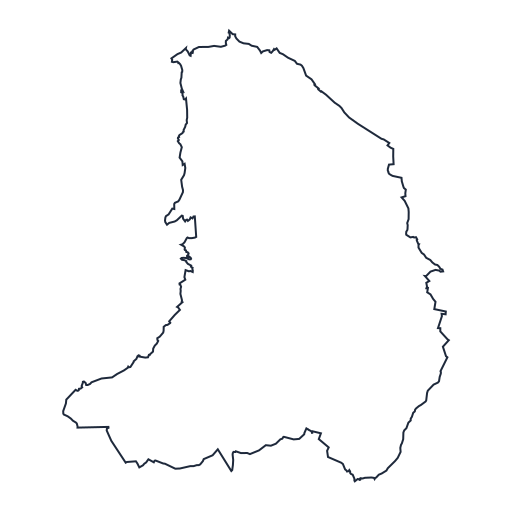 outline of Mugeni, Harghita, Romania
{"feature_id": "2599482B85460636832431", "entity_name": "Mugeni", "entity_type": "district", "adm_level": 2, "iso_a3": "ROU", "parent_name": "Romania", "parent_adm1": "Harghita", "projection": "orthographic", "projection_center": [25.181, 46.268], "detail": "fine", "context": "isolated", "style": "outline", "palette": "slate", "viewbox_px": 512, "rotation_deg": 0, "n_neighbors": 0, "source": "geoboundaries", "source_scale": "gbopen_adm2", "svg_char_len": 6006}
<svg xmlns="http://www.w3.org/2000/svg" viewBox="0 0 512 512"><path d="M374.6,479.0L375.0,478.2L376.3,477.4L378.8,474.7L381.7,473.5L386.4,470.6L387.8,468.2L395.0,461.1L397.7,457.9L400.6,451.9L400.3,447.9L401.0,444.9L401.9,443.3L403.2,439.2L403.4,432.5L404.2,430.4L406.4,428.2L408.4,422.6L410.7,420.5L410.7,418.7L411.9,416.8L413.2,412.8L414.8,411.4L415.1,409.7L416.0,408.5L418.9,406.1L420.9,405.0L425.6,401.5L426.2,400.5L427.1,392.9L427.8,390.7L433.6,384.6L437.9,382.6L439.0,381.3L439.7,376.9L440.8,373.6L440.9,372.0L440.5,371.2L447.4,357.3L446.0,356.2L442.9,346.7L448.8,340.2L447.5,339.3L440.3,331.4L440.3,328.2L438.0,328.1L441.9,316.2L441.6,313.8L445.6,314.3L445.8,311.5L434.3,309.1L435.5,301.8L433.1,298.9L430.5,294.4L427.2,292.3L428.1,287.0L427.1,288.4L426.4,288.3L427.0,286.5L426.3,282.8L429.3,281.0L424.9,276.0L426.1,276.1L430.5,271.6L435.5,269.9L439.3,270.6L440.5,271.7L443.1,271.4L442.5,269.6L440.4,268.8L439.2,266.8L437.4,265.0L435.0,264.5L432.3,262.4L430.3,260.0L426.2,257.8L424.0,254.5L421.7,252.9L418.5,247.6L418.5,245.0L419.0,244.2L418.3,244.0L416.8,240.5L416.7,239.9L417.2,239.4L416.0,237.2L414.1,237.5L413.2,236.9L410.4,237.4L406.3,234.8L406.1,234.0L406.3,231.6L407.3,230.1L407.5,229.1L407.7,225.1L407.2,223.1L408.6,219.2L408.7,212.0L408.4,208.4L404.7,200.9L401.6,197.4L405.5,196.2L405.3,193.3L405.8,189.6L403.9,188.0L403.4,186.7L401.8,181.3L401.5,177.8L392.6,175.9L391.1,175.1L389.2,173.9L388.4,172.6L388.5,172.1L387.8,170.6L387.8,168.9L389.0,164.6L393.6,164.2L393.2,156.5L393.3,148.9L390.6,147.7L387.5,145.4L389.3,143.0L383.7,139.4L381.5,138.8L357.9,123.8L349.1,117.5L344.3,112.4L341.5,108.0L339.4,105.9L334.7,102.7L326.0,94.7L321.4,91.3L321.0,91.7L318.2,89.3L318.0,88.5L318.4,88.3L314.9,85.5L314.4,84.9L315.0,84.3L311.5,79.3L306.1,75.6L303.4,68.1L301.9,65.7L300.5,64.6L297.0,63.8L294.8,60.9L288.0,57.7L282.9,54.2L279.7,52.9L276.6,48.4L274.6,49.8L274.0,49.1L272.7,51.2L271.2,52.8L269.6,52.0L269.3,50.3L267.1,50.1L262.9,51.4L261.2,53.0L260.0,50.6L257.2,46.9L251.6,45.7L248.8,43.9L243.5,43.3L239.4,41.6L236.4,38.5L235.2,36.3L235.2,34.4L232.7,34.2L229.1,30.7L228.7,32.6L229.4,32.9L229.8,35.3L229.6,37.6L229.1,38.1L228.0,37.6L227.6,39.4L225.9,40.9L225.8,42.9L226.3,44.9L225.0,45.7L220.9,46.8L214.1,45.9L208.5,46.9L198.9,47.0L193.6,49.5L192.3,51.3L192.9,51.8L192.6,53.0L190.9,52.7L190.6,55.8L189.7,55.4L187.7,51.4L185.7,49.2L185.9,48.1L181.2,52.5L177.5,54.1L171.4,58.4L172.2,59.7L171.9,61.8L173.3,62.2L177.3,61.6L178.4,62.5L178.4,63.1L179.1,63.1L180.2,64.3L181.1,65.9L182.3,70.1L182.2,71.9L181.7,72.3L181.4,77.7L180.8,79.5L180.4,83.0L181.8,88.6L183.0,91.4L181.2,90.7L181.2,92.3L182.6,93.0L182.5,95.4L183.2,96.5L183.8,99.2L185.1,99.5L186.0,98.5L187.1,109.9L187.2,117.7L186.7,120.1L187.0,123.0L185.7,124.6L185.2,126.8L183.6,130.0L183.7,131.6L182.9,132.1L182.5,133.1L179.5,135.0L178.8,136.2L179.1,137.0L178.0,137.7L177.9,138.4L178.8,140.0L177.8,141.1L179.1,143.2L180.4,144.3L181.8,147.2L180.4,152.6L179.6,157.6L182.4,161.4L182.7,165.0L184.6,163.8L185.3,168.0L184.6,173.0L184.0,175.2L181.2,179.8L182.1,186.7L183.0,190.1L182.9,192.2L179.4,199.7L178.2,201.4L174.9,202.8L174.2,204.0L174.3,209.0L172.3,208.6L168.6,214.4L166.0,216.1L165.4,217.4L165.0,220.5L165.3,222.1L167.0,224.7L169.2,222.9L174.7,221.5L176.8,220.3L181.8,215.6L182.7,215.9L183.1,218.7L185.1,221.4L186.0,220.0L187.0,219.6L187.9,220.9L189.8,219.4L190.6,217.4L192.5,218.4L193.5,216.5L194.8,216.4L196.2,236.9L194.9,237.6L192.0,238.1L188.9,238.1L187.5,237.5L186.8,238.1L184.5,242.3L182.5,244.3L181.1,244.7L184.2,246.5L184.9,247.6L184.6,249.5L184.9,250.0L186.0,250.4L186.3,252.0L187.6,252.2L188.6,253.3L188.2,254.1L188.4,255.0L187.1,255.7L187.1,256.5L188.2,257.1L189.6,256.9L190.7,257.8L191.1,258.8L190.7,259.3L189.3,259.4L186.2,258.0L183.5,257.8L181.6,258.0L180.9,258.6L182.0,259.8L184.5,260.2L186.3,261.1L186.2,261.8L187.8,263.8L191.2,265.6L190.9,266.7L192.6,267.8L192.3,268.7L192.8,270.6L192.7,272.0L190.4,271.0L188.9,271.3L185.6,270.1L184.4,277.1L185.3,279.7L179.5,283.4L179.6,284.5L180.3,284.7L181.1,286.8L180.5,288.9L180.7,290.8L180.4,293.9L182.0,300.3L181.7,301.8L182.4,302.2L177.1,306.9L178.1,307.4L179.9,309.9L174.8,314.9L169.2,321.3L170.3,322.8L170.1,323.1L167.5,324.9L165.8,325.1L163.7,326.8L163.6,330.8L163.2,332.6L159.7,336.7L157.3,338.2L157.4,339.9L158.2,340.9L156.8,343.6L154.8,345.6L153.2,348.6L153.0,351.6L150.0,354.3L149.8,354.9L148.9,354.9L148.0,357.3L145.3,357.6L139.0,356.5L139.4,355.6L138.6,355.3L137.5,356.2L136.4,358.9L133.7,361.3L133.6,362.1L130.4,367.0L128.7,367.3L128.2,366.7L127.7,367.8L124.0,370.4L117.1,374.0L112.1,377.4L101.5,378.5L91.5,382.3L90.1,383.9L87.7,385.0L86.2,385.0L85.6,382.9L83.9,381.5L82.9,381.8L82.8,382.9L81.6,386.1L82.2,387.3L80.6,388.6L79.0,388.8L78.8,390.1L78.3,390.6L77.3,390.8L75.6,389.8L66.3,399.6L65.9,403.5L63.2,411.1L63.3,413.6L63.8,414.5L67.7,416.3L70.9,418.6L72.9,420.7L76.0,422.6L76.8,423.5L77.6,426.6L77.5,427.6L108.4,426.9L108.5,427.8L106.9,428.6L106.7,430.5L111.3,440.8L125.7,462.7L126.8,462.0L135.9,461.3L137.4,463.5L139.3,467.4L143.0,465.3L144.3,463.7L146.1,462.5L148.4,459.3L153.8,462.3L154.6,460.7L155.5,460.5L163.2,463.5L164.9,463.7L175.3,468.7L179.9,468.5L190.4,466.1L193.7,466.1L196.9,465.1L198.9,465.1L200.2,464.4L202.9,461.1L203.7,459.1L212.6,455.3L217.8,449.3L231.3,471.0L232.2,470.1L232.9,465.1L233.2,459.9L232.6,454.6L232.8,453.1L233.5,451.9L235.4,452.0L235.8,451.3L241.0,453.1L247.2,453.0L249.9,454.1L259.0,450.4L265.8,445.2L270.9,445.7L275.9,443.7L280.4,439.3L282.3,438.7L283.3,437.0L283.8,436.8L293.7,439.4L299.2,438.9L304.2,434.3L304.4,433.0L306.4,428.4L307.5,429.1L307.4,428.6L308.0,429.4L311.5,431.4L312.3,433.7L312.2,432.6L312.6,431.3L320.9,433.3L318.8,439.1L328.7,447.4L327.1,450.8L328.0,457.0L341.2,462.7L342.9,464.0L345.1,469.4L346.5,470.5L347.0,471.5L348.6,471.2L349.3,470.1L350.1,471.4L350.2,473.0L350.9,473.9L352.7,474.7L354.4,478.7L354.4,480.6L354.8,481.3L357.7,479.0L358.7,479.2L359.5,479.9L360.3,479.7L360.7,478.9L360.2,478.4L360.4,478.2L362.6,478.5L364.9,477.8L371.5,477.5L374.0,477.9L374.6,479.0Z" fill="none" stroke="#1e293b" stroke-width="2"/></svg>